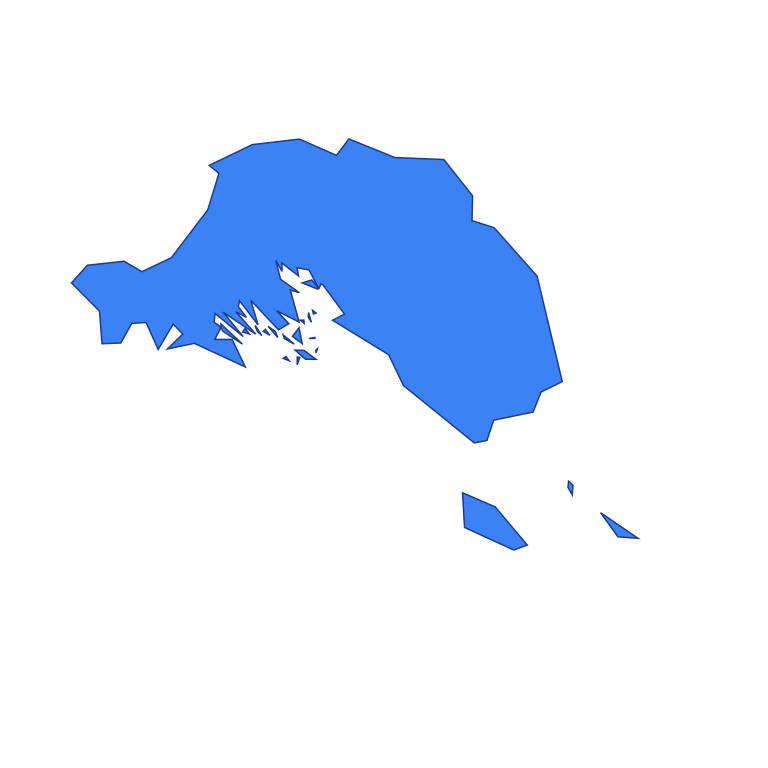 Westport Lea-4, Mayo, Ireland, rotated 230°
{"feature_id": "5873133B76630404476162", "entity_name": "Westport Lea-4", "entity_type": "district", "adm_level": 2, "iso_a3": "IRL", "parent_name": "Ireland", "parent_adm1": "Mayo", "projection": "natural_earth1", "projection_center": [-9.682, 53.797], "detail": "medium", "context": "isolated", "style": "filled", "palette": "blue", "viewbox_px": 768, "rotation_deg": 230, "n_neighbors": 0, "source": "geoboundaries", "source_scale": "gbopen_adm2", "svg_char_len": 1988}
<svg xmlns="http://www.w3.org/2000/svg" viewBox="0 0 768 768"><g transform="rotate(230 384 384)"><path d="M486.2,288.7L515.8,296.3L526.9,283.0L532.1,295.7L528.0,294.5L505.5,301.2L534.7,297.7L532.1,295.8L540.4,293.6L546.6,299.9L510.9,306.6L542.5,306.9L504.7,317.8L534.6,317.0L523.4,321.5L536.6,322.0L540.8,326.8L510.2,325.5L533.7,335.8L493.3,338.0L491.4,349.9L509.2,348.9L486.0,358.8L516.2,372.6L508.3,377.9L530.7,372.1L548.3,380.5L535.8,378.3L542.4,383.5L521.7,388.0L528.9,392.1L519.7,399.9L499.4,395.5L510.1,395.6L514.0,386.4L499.4,394.1L498.9,395.4L501.1,399.9L499.7,401.0L462.9,398.6L465.9,385.6L403.5,406.4L370.3,397.9L280.8,415.3L274.6,426.6L285.8,444.8L266.7,480.2L276.9,499.1L271.3,522.1L368.3,570.6L432.9,568.8L452.5,556.4L471.2,572.8L517.5,574.1L550.6,537.8L594.3,514.6L589.7,494.5L625.9,476.7L652.0,437.1L663.8,390.7L651.4,392.9L630.7,361.0L617.4,302.3L625.6,270.8L645.2,263.7L665.6,233.1L662.3,209.6L622.7,212.9L596.1,193.9L584.6,208.7L592.6,229.8L584.0,241.3L555.6,233.2L565.4,261.0L551.6,262.0L550.0,240.7L537.0,264.9L486.2,288.7ZM222.3,353.5L173.5,376.6L168.5,390.2L218.3,390.2L250.2,374.2L222.3,353.5ZM102.4,479.4L146.2,467.2L116.5,465.0L102.4,479.4ZM481.7,355.1L479.3,344.5L467.5,347.3L481.7,355.1ZM467.1,337.7L453.4,339.8L446.6,347.8L461.2,344.3L467.1,337.7ZM178.1,457.0L185.0,463.7L190.9,462.9L186.4,458.4L178.1,457.0ZM482.8,336.9L472.2,340.9L486.4,338.3L482.8,336.9ZM487.9,332.5L493.7,334.5L502.8,332.3L487.9,332.5ZM501.8,325.3L494.8,327.9L502.1,328.2L501.8,325.3ZM514.6,309.2L508.8,313.0L515.9,313.3L514.6,309.2ZM454.5,329.8L458.5,336.5L460.4,334.9L454.5,329.8ZM464.1,360.9L467.0,355.9L463.3,360.5L464.1,360.9ZM511.7,323.0L506.7,320.9L499.6,321.5L511.7,323.0ZM484.5,363.7L486.6,361.0L481.8,361.8L484.5,363.7ZM468.1,326.6L468.4,323.3L462.7,326.3L468.1,326.6ZM484.0,369.0L477.9,368.0L487.3,372.2L484.0,369.0ZM453.8,355.7L453.8,353.6L451.5,351.9L453.8,355.7ZM483.0,374.9L482.0,377.6L486.3,376.6L483.0,374.9Z" fill="#3b82f6" stroke="#1e3a8a" stroke-width="1.5"/></g></svg>